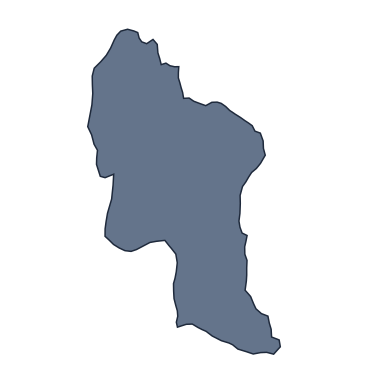 Barrinha, São Paulo, Brazil (Equal Earth projection), rotated 17°
{"feature_id": "56859067B45881717181583", "entity_name": "Barrinha", "entity_type": "district", "adm_level": 2, "iso_a3": "BRA", "parent_name": "Brazil", "parent_adm1": "São Paulo", "projection": "equal_earth", "projection_center": [-48.087, -21.233], "detail": "fine", "context": "isolated", "style": "filled", "palette": "slate", "viewbox_px": 384, "rotation_deg": 17, "n_neighbors": 0, "source": "geoboundaries", "source_scale": "gbopen_adm2", "svg_char_len": 1752}
<svg xmlns="http://www.w3.org/2000/svg" viewBox="0 0 384 384"><g transform="rotate(17 192 192)"><path d="M251.3,135.4L247.6,129.5L245.1,122.4L240.1,115.7L234.4,115.4L230.2,111.0L225.9,109.5L221.7,108.3L216.7,106.6L210.4,104.9L204.2,103.0L199.2,100.4L194.0,98.7L189.8,98.7L184.8,100.4L179.9,105.4L173.6,105.1L167.2,104.7L161.8,103.0L156.6,104.9L153.9,99.5L151.1,95.4L148.5,91.2L145.6,86.9L144.1,81.9L142.7,76.0L138.8,77.3L134.0,77.7L129.4,76.4L125.3,79.2L122.2,74.0L118.7,68.9L115.6,61.0L110.1,57.5L105.3,63.4L100.0,63.1L96.4,60.2L93.5,55.4L89.4,55.0L82.8,55.2L76.8,59.0L74.3,64.0L73.2,69.3L72.1,78.1L70.1,86.3L66.6,94.2L62.3,102.2L62.7,110.3L65.5,118.9L68.3,126.8L70.8,137.9L73.2,160.0L79.3,166.7L84.4,175.0L89.4,179.7L90.9,187.3L92.6,193.5L99.7,203.8L104.7,203.7L111.9,197.9L114.5,208.4L117.2,222.2L117.4,237.0L118.5,245.4L119.7,252.7L121.8,259.8L126.6,262.1L132.3,265.1L138.7,266.8L145.0,267.7L151.1,266.6L155.7,263.3L166.6,252.5L172.5,249.5L180.2,246.2L185.4,249.8L189.1,252.2L194.7,256.1L198.6,264.0L200.3,273.0L201.0,279.5L201.1,285.0L203.4,292.1L206.0,299.2L209.7,305.3L212.7,309.9L214.7,315.0L215.1,321.1L217.6,325.5L225.2,320.2L230.9,318.2L237.3,319.8L241.8,320.6L246.1,321.1L253.4,323.8L263.5,325.6L271.5,325.6L275.5,326.2L281.8,328.8L290.6,328.8L297.9,329.0L304.6,325.5L310.3,323.5L317.5,323.2L321.7,314.2L318.6,308.0L310.5,307.4L307.8,300.1L304.2,294.7L300.9,288.5L293.9,288.0L287.3,285.0L283.6,280.9L278.6,274.8L271.5,270.4L270.0,261.2L268.6,255.4L266.5,248.6L264.6,241.3L260.7,236.0L258.4,229.0L258.0,223.4L257.4,217.5L251.9,216.6L248.2,211.7L245.4,206.1L244.1,198.5L241.5,188.7L239.0,181.2L238.7,172.0L240.5,166.7L241.8,161.1L243.3,155.9L246.7,150.6L249.1,144.7L251.3,135.4Z" fill="#64748b" stroke="#1e293b" stroke-width="1.5"/></g></svg>